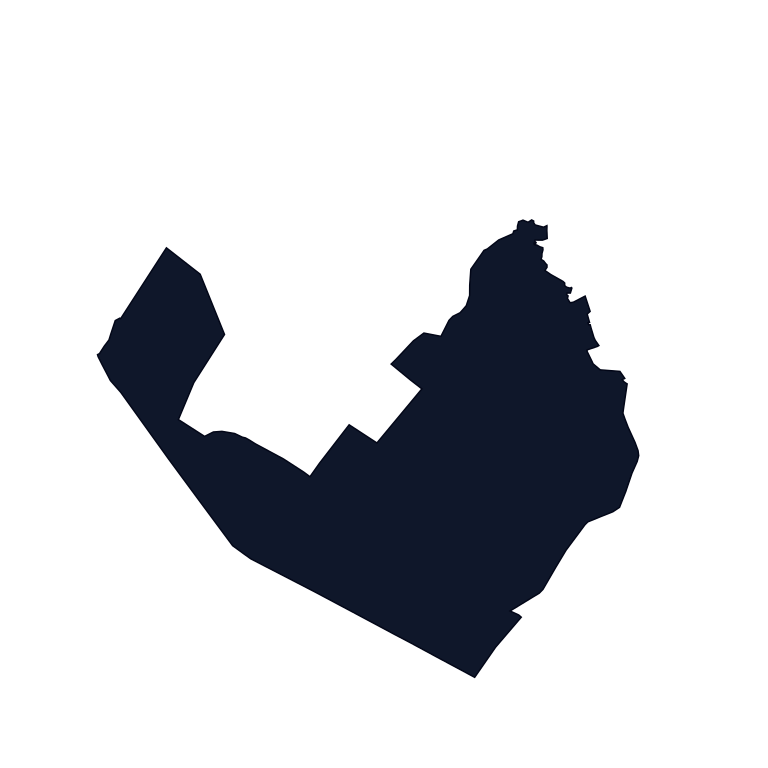 Municipal Area Council, Federal Capital Territory, Nigeria, rotated 119°
{"feature_id": "59680162B38183120701356", "entity_name": "Municipal Area Council", "entity_type": "district", "adm_level": 2, "iso_a3": "NGA", "parent_name": "Nigeria", "parent_adm1": "Federal Capital Territory", "projection": "natural_earth1", "projection_center": [7.293, 8.887], "detail": "fine", "context": "isolated", "style": "filled", "palette": "ink", "viewbox_px": 768, "rotation_deg": 119, "n_neighbors": 0, "source": "geoboundaries", "source_scale": "gbopen_adm2", "svg_char_len": 2367}
<svg xmlns="http://www.w3.org/2000/svg" viewBox="0 0 768 768"><g transform="rotate(119 384 384)"><path d="M564.5,513.2L575.4,489.4L598.8,438.0L599.9,429.0L600.6,423.5L601.5,415.7L599.4,345.1L599.3,340.2L598.9,316.4L598.7,305.3L597.9,253.1L597.5,235.5L597.2,206.4L597.1,199.2L596.6,162.5L560.0,158.8L521.4,150.9L520.7,154.2L521.2,160.9L521.4,163.7L499.0,151.0L491.7,146.8L486.6,145.4L460.8,144.9L441.0,144.2L409.7,140.0L405.8,138.9L395.2,130.4L384.8,121.9L377.7,118.2L367.2,119.6L360.3,120.5L359.9,120.6L341.7,123.9L329.0,125.0L323.2,126.5L319.1,129.5L313.4,136.1L303.5,149.5L297.7,156.4L293.7,160.9L287.5,163.3L266.0,171.4L266.0,172.4L265.8,174.4L265.6,175.5L264.7,177.8L263.4,176.9L262.6,176.2L262.4,176.1L258.6,183.8L266.8,201.7L265.0,210.9L263.5,212.9L259.1,219.2L257.1,222.1L255.7,222.9L249.1,216.9L247.7,215.6L246.2,214.7L243.4,220.4L241.5,223.0L237.7,226.9L234.6,230.1L232.2,232.4L233.0,233.7L231.6,235.3L230.5,234.1L224.3,240.2L220.6,238.9L220.2,239.3L209.6,250.7L220.6,258.0L222.7,260.6L220.3,265.0L217.7,265.7L217.2,267.7L215.7,268.0L214.1,265.1L209.0,266.2L208.8,267.0L209.9,267.6L210.8,271.3L210.3,273.7L208.1,274.9L207.5,277.1L207.4,291.2L206.7,298.3L202.9,298.0L200.8,299.2L200.3,301.0L199.0,303.9L198.8,307.1L196.2,307.6L193.3,309.1L189.6,310.0L187.8,311.2L188.4,314.1L188.4,317.7L189.2,320.1L188.1,321.0L187.4,319.5L186.5,319.6L186.1,321.4L184.9,321.7L181.3,315.1L177.6,311.8L175.0,313.4L173.0,314.6L171.9,315.3L170.6,316.1L167.1,317.9L166.5,318.3L167.9,319.3L169.5,320.5L171.6,328.9L170.4,331.3L168.9,332.1L168.9,334.4L172.7,336.4L173.3,341.9L174.9,343.2L176.8,344.9L181.2,343.8L184.5,342.1L187.3,344.7L190.1,344.1L202.4,353.5L215.8,359.1L218.6,361.3L224.7,361.9L241.5,363.7L256.1,356.9L265.1,352.0L275.6,350.0L280.4,351.0L284.8,352.0L291.5,356.6L296.8,358.0L301.6,357.8L314.7,357.3L320.1,373.8L332.0,379.2L356.8,385.5L363.1,387.4L367.6,363.1L369.9,348.5L439.0,361.6L436.6,394.7L484.6,402.0L501.0,403.8L500.0,411.1L498.3,435.4L498.7,467.4L498.3,474.6L498.3,479.0L499.1,481.8L499.2,482.3L499.7,490.6L504.0,502.8L508.7,510.0L516.8,515.5L514.8,546.6L475.0,551.0L418.0,547.5L377.1,598.0L370.4,640.3L454.5,646.0L454.5,647.0L458.8,649.8L467.8,648.1L472.6,647.2L478.8,645.9L486.4,647.0L495.4,647.6L497.2,648.8L498.7,647.3L503.8,639.8L511.1,628.7L513.6,625.0L518.9,610.2L554.1,535.9L564.5,513.2Z" fill="#0f172a" stroke="#020617" stroke-width="1.5"/></g></svg>